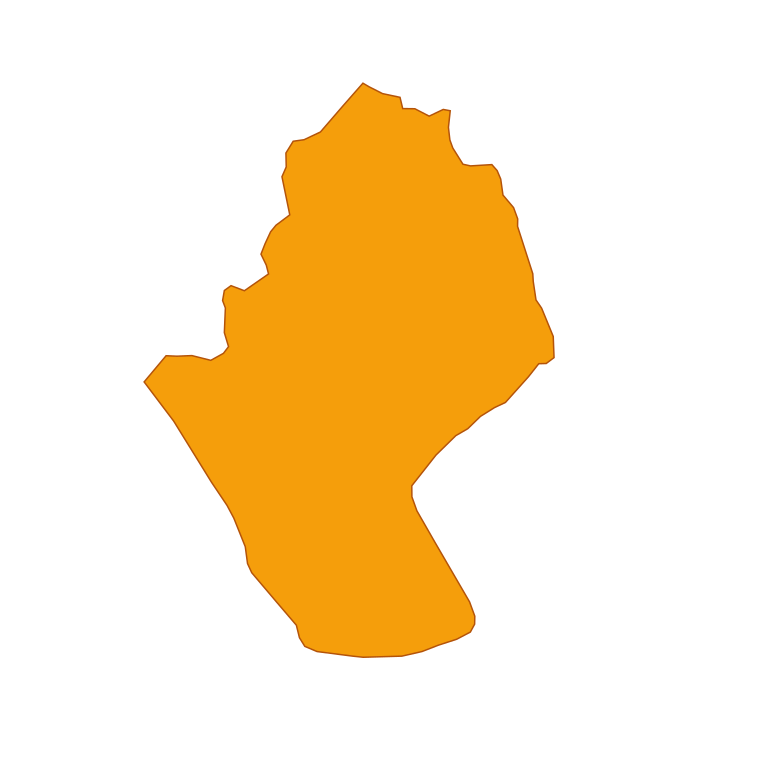 the district of Equador, Rio Grande do Norte, Brazil, rotated 310°
{"feature_id": "56859067B16316306157481", "entity_name": "Equador", "entity_type": "district", "adm_level": 2, "iso_a3": "BRA", "parent_name": "Brazil", "parent_adm1": "Rio Grande do Norte", "projection": "orthographic", "projection_center": [-36.654, -6.891], "detail": "fine", "context": "isolated", "style": "filled", "palette": "amber", "viewbox_px": 768, "rotation_deg": 310, "n_neighbors": 0, "source": "geoboundaries", "source_scale": "gbopen_adm2", "svg_char_len": 1251}
<svg xmlns="http://www.w3.org/2000/svg" viewBox="0 0 768 768"><g transform="rotate(310 384 384)"><path d="M635.9,259.1L632.4,252.9L618.2,246.4L614.7,230.7L607.0,221.3L613.9,212.0L605.5,196.2L602.1,181.6L600.9,174.5L571.0,173.8L536.2,173.3L519.7,165.7L511.6,158.4L497.9,160.4L487.4,169.6L477.2,172.6L453.0,203.1L436.2,199.2L427.7,199.3L415.1,202.7L404.4,206.3L399.4,217.4L394.1,224.8L365.7,217.1L361.0,203.6L353.0,201.6L344.2,206.7L340.3,213.6L320.7,228.7L312.7,240.9L304.3,241.3L290.8,236.1L282.3,218.6L272.2,207.5L265.6,198.9L231.4,198.9L220.4,246.7L197.8,315.2L190.1,341.8L184.7,355.2L170.2,382.3L158.7,394.9L154.4,404.0L148.0,441.4L142.9,471.9L135.3,482.3L132.1,492.0L136.0,504.7L155.3,534.8L161.3,543.7L187.0,572.6L203.5,585.1L218.8,593.5L235.3,603.8L249.5,609.6L258.3,607.8L264.5,602.8L272.1,589.6L295.5,524.7L308.0,490.7L315.5,477.9L323.9,470.7L363.0,469.5L390.6,472.2L403.6,476.9L421.2,478.7L436.9,483.8L448.0,488.9L482.5,490.0L499.0,489.5L504.0,495.1L513.5,497.3L529.2,483.1L543.4,456.0L546.1,446.4L558.5,432.4L564.1,427.1L590.6,385.0L596.4,380.3L602.4,369.9L605.2,353.7L616.0,341.7L620.2,333.5L621.4,325.6L606.7,310.1L603.1,303.2L609.0,285.0L613.3,277.6L622.0,268.4L635.9,259.1Z" fill="#f59e0b" stroke="#b45309" stroke-width="1.5"/></g></svg>